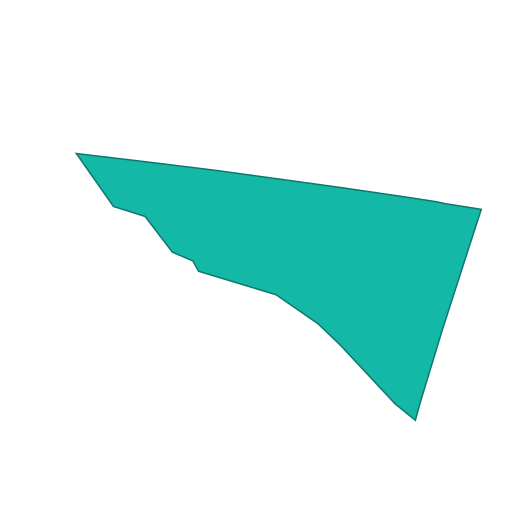 Dade, Georgia, United States of America (orthographic projection), rotated 107°
{"feature_id": "52423323B39037255369745", "entity_name": "Dade", "entity_type": "district", "adm_level": 2, "iso_a3": "USA", "parent_name": "United States of America", "parent_adm1": "Georgia", "projection": "orthographic", "projection_center": [-85.505, 34.804], "detail": "fine", "context": "isolated", "style": "filled", "palette": "teal", "viewbox_px": 512, "rotation_deg": 107, "n_neighbors": 0, "source": "geoboundaries", "source_scale": "gbopen_adm2", "svg_char_len": 485}
<svg xmlns="http://www.w3.org/2000/svg" viewBox="0 0 512 512"><g transform="rotate(107 256 256)"><path d="M265.6,56.1L193.6,55.0L145.5,54.2L150.7,91.0L151.3,98.7L154.6,121.7L154.6,121.9L165.5,193.3L185.4,316.6L193.6,363.3L193.6,363.5L203.9,421.0L210.3,456.4L210.5,457.8L250.3,406.8L250.6,373.6L276.8,337.1L279.2,314.9L287.4,306.4L287.2,225.4L302.7,176.8L316.7,149.1L356.8,79.6L366.5,55.6L347.2,56.1L272.3,56.2L265.6,56.1Z" fill="#14b8a6" stroke="#0f766e" stroke-width="1.5"/></g></svg>